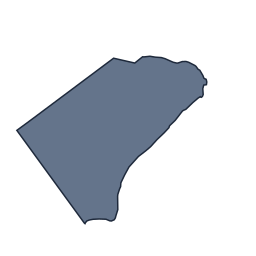 Hardin, Illinois, United States of America, rotated 323°
{"feature_id": "52423323B71898238526095", "entity_name": "Hardin", "entity_type": "district", "adm_level": 2, "iso_a3": "USA", "parent_name": "United States of America", "parent_adm1": "Illinois", "projection": "orthographic", "projection_center": [-88.199, 37.501], "detail": "fine", "context": "isolated", "style": "filled", "palette": "slate", "viewbox_px": 256, "rotation_deg": 323, "n_neighbors": 0, "source": "geoboundaries", "source_scale": "gbopen_adm2", "svg_char_len": 977}
<svg xmlns="http://www.w3.org/2000/svg" viewBox="0 0 256 256"><g transform="rotate(323 128 128)"><path d="M37.8,63.0L35.9,177.7L36.1,178.5L37.0,178.0L39.2,177.5L41.7,178.2L45.2,179.9L50.2,183.3L55.5,187.6L57.6,191.2L58.8,192.3L61.8,193.0L63.8,192.2L65.4,190.9L70.7,187.1L78.6,176.3L79.9,174.9L84.9,171.4L86.8,170.4L89.3,167.5L97.0,163.5L105.4,159.7L119.2,157.0L128.3,156.9L134.9,156.5L144.3,154.7L153.9,153.6L160.8,152.4L162.6,151.2L170.3,150.3L181.7,147.2L183.0,147.3L185.4,147.9L195.1,146.7L202.1,146.3L204.6,146.5L204.6,147.1L205.0,147.6L206.4,147.6L208.2,146.5L211.4,141.6L214.3,139.3L216.3,140.4L216.7,140.6L218.6,138.7L219.6,136.5L219.6,135.7L219.2,135.5L218.6,133.8L219.4,131.2L220.1,125.1L219.3,123.2L219.4,119.7L219.0,118.2L216.0,112.0L214.3,109.7L211.3,107.6L207.1,106.2L206.1,105.6L203.6,102.6L199.3,94.9L197.0,91.8L192.4,87.8L188.7,83.9L183.5,80.8L182.5,79.9L172.5,80.2L158.5,63.6L56.9,63.2L37.8,63.0Z" fill="#64748b" stroke="#1e293b" stroke-width="1.5"/></g></svg>